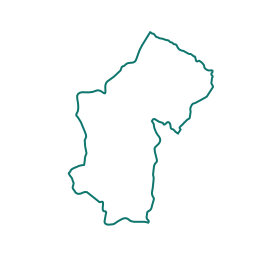 map outline of Hovd (Mercator projection), rotated 205°
{"feature_id": "MNG-3320", "entity_name": "Hovd", "entity_type": "Province", "adm_level": 1, "iso_a3": "MNG", "parent_name": "Mongolia", "parent_adm1": "", "projection": "mercator", "projection_center": [92.143, 46.988], "detail": "fine", "context": "isolated", "style": "outline", "palette": "teal", "viewbox_px": 256, "rotation_deg": 205, "n_neighbors": 0, "source": "natural_earth", "source_scale": "10m", "svg_char_len": 3777}
<svg xmlns="http://www.w3.org/2000/svg" viewBox="0 0 256 256"><g transform="rotate(205 128 128)"><path d="M76.7,215.6L75.6,215.6L75.1,214.3L75.2,213.5L75.4,213.0L75.4,212.5L75.0,211.7L74.5,211.2L73.1,210.6L72.9,210.1L72.9,208.5L72.5,207.2L72.0,206.0L71.7,204.6L71.2,203.6L69.0,202.0L68.3,201.2L69.8,190.0L70.3,189.0L77.2,179.6L79.0,177.8L79.4,177.5L79.9,176.2L80.0,174.0L79.7,171.8L79.0,170.5L78.1,169.2L76.5,163.8L76.4,162.8L76.7,162.1L77.7,160.8L79.0,157.3L79.4,156.4L79.9,154.5L80.3,153.7L81.0,151.9L81.3,150.9L81.4,150.1L80.9,149.5L80.2,149.2L79.7,148.8L79.8,147.6L80.2,145.5L80.3,144.2L81.1,144.2L83.6,144.7L85.7,145.7L86.8,145.8L87.7,145.6L88.7,145.7L89.4,146.3L90.7,148.4L91.5,149.4L92.6,150.2L93.6,150.4L94.5,150.1L95.0,149.4L95.7,147.7L96.1,146.9L96.5,146.5L97.1,146.3L98.1,147.0L98.6,147.3L102.7,146.8L107.6,147.4L108.2,147.1L109.0,146.4L109.1,145.5L109.2,144.3L106.5,142.6L104.2,139.2L100.8,136.0L98.1,134.2L96.8,133.6L95.8,133.0L94.4,131.8L93.6,130.4L93.3,129.3L93.3,128.3L93.4,127.3L93.7,126.2L95.2,122.2L95.3,120.6L93.2,117.3L88.7,111.8L87.8,110.3L87.7,109.4L87.9,108.7L88.1,108.1L88.4,107.2L88.4,106.3L88.4,105.0L88.2,104.1L85.9,97.2L85.4,96.0L84.6,95.0L84.0,94.2L83.1,92.4L80.3,84.3L79.0,79.6L78.6,78.8L78.3,78.2L77.3,77.1L76.8,76.6L75.1,75.4L74.6,74.8L74.4,74.0L74.2,73.3L74.1,72.1L73.4,67.8L73.1,66.4L72.9,64.9L73.0,63.7L73.4,62.6L74.7,60.6L74.9,59.9L74.7,58.9L73.5,55.2L73.1,54.3L72.4,53.7L70.2,52.7L69.8,52.3L69.6,51.8L69.5,51.4L69.6,50.8L73.1,50.1L83.0,45.5L86.4,44.8L89.6,45.5L91.3,45.5L92.8,44.9L94.7,43.3L97.9,38.9L99.9,35.4L101.0,34.4L104.3,32.4L105.8,31.8L107.0,31.6L108.1,31.8L109.0,32.3L109.5,32.9L109.9,33.8L112.2,42.5L112.8,42.8L113.4,42.9L114.2,42.5L114.8,42.4L115.6,42.6L116.5,43.6L117.2,45.0L118.4,48.4L119.1,49.7L119.7,50.3L120.5,50.2L122.0,49.0L122.6,48.8L134.6,51.7L138.2,52.5L139.8,51.9L141.4,50.6L142.7,49.0L144.4,47.7L145.6,47.2L146.7,47.1L148.4,47.4L148.7,47.6L148.9,47.7L149.1,47.9L149.5,48.2L152.2,49.7L152.8,50.4L153.0,50.7L153.1,51.0L153.2,51.3L153.3,51.6L153.4,52.8L153.7,54.1L153.8,54.6L153.9,54.9L154.2,55.3L154.3,55.5L155.1,56.1L157.2,58.4L157.9,59.0L161.0,60.6L162.0,61.4L162.4,61.8L162.4,62.0L162.5,62.4L162.4,62.6L162.3,62.9L162.2,63.1L162.0,63.6L162.0,63.9L161.9,64.4L162.0,65.3L161.9,65.7L161.8,66.1L161.3,67.2L160.2,68.7L156.3,73.0L154.6,74.4L152.2,76.0L153.5,80.5L154.3,82.4L154.7,84.1L154.8,85.5L154.8,86.9L155.1,87.8L159.1,93.3L162.0,98.5L162.1,101.1L162.2,101.9L162.4,102.8L163.7,104.6L166.2,107.0L173.2,113.4L177.8,116.4L180.0,117.4L180.5,118.2L180.7,119.2L180.6,120.5L180.6,121.9L181.0,123.6L181.7,125.5L183.5,128.9L186.5,133.3L187.7,135.8L187.6,137.6L187.3,138.4L186.4,139.7L185.1,140.8L178.3,143.9L175.4,145.7L171.7,149.2L169.9,149.8L168.9,150.0L165.5,149.6L164.7,149.4L164.0,149.5L163.5,149.9L163.6,150.9L164.0,151.8L166.1,155.9L166.6,157.4L166.8,159.0L166.7,160.5L166.2,161.8L162.4,168.7L159.2,176.7L159.1,177.5L159.4,179.9L159.4,180.8L158.9,181.6L158.1,182.2L157.7,182.8L156.5,185.5L155.8,186.4L155.0,187.1L151.2,189.4L150.4,190.2L149.8,191.3L149.5,193.0L150.4,203.3L150.2,209.0L148.4,223.9L148.4,224.1L147.6,224.2L147.0,224.0L146.3,223.9L145.7,223.9L145.1,224.1L144.1,224.1L143.1,223.6L141.3,222.6L140.8,222.5L139.7,222.7L139.2,222.8L137.7,222.6L133.9,223.6L131.7,223.7L128.5,224.4L128.0,224.4L126.5,223.8L125.9,223.7L124.3,224.0L123.8,224.0L122.3,223.4L121.7,223.4L120.1,223.9L119.3,223.7L116.4,221.6L115.4,221.1L114.3,220.8L113.2,220.8L112.0,220.9L110.2,221.3L104.5,220.9L103.8,221.0L102.4,221.5L101.7,221.5L98.5,220.7L98.1,220.8L97.8,221.0L97.5,221.0L97.1,220.7L94.9,217.9L94.3,217.5L93.6,217.5L93.0,217.9L92.5,218.5L91.9,219.0L91.3,219.0L88.1,218.3L85.9,217.1L85.4,216.7L84.7,215.6L84.3,215.1L83.2,214.5L81.7,214.1L80.2,214.1L79.0,214.3L76.7,215.6Z" fill="none" stroke="#0f766e" stroke-width="2"/></g></svg>